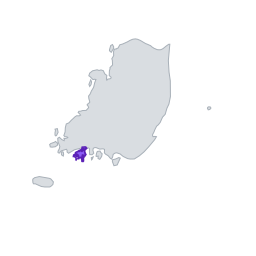 location of Goheung-gun, South Jeolla, South Korea, rotated 28°
{"feature_id": "91817680B78599330358722", "entity_name": "Goheung-gun", "entity_type": "district", "adm_level": 2, "iso_a3": "KOR", "parent_name": "South Korea", "parent_adm1": "South Jeolla", "projection": "equal_earth", "projection_center": [127.345, 34.606], "detail": "fine", "context": "in_parent", "style": "filled", "palette": "violet", "viewbox_px": 256, "rotation_deg": 28, "n_neighbors": 0, "source": "geoboundaries", "source_scale": "gbopen_adm2", "svg_char_len": 6505}
<svg xmlns="http://www.w3.org/2000/svg" viewBox="0 0 256 256"><g transform="rotate(28 128 128)"><path d="M80.8,63.0L81.6,62.3L81.7,61.4L81.7,58.4L83.9,56.3L87.2,52.0L88.7,49.6L90.5,47.4L92.6,45.9L94.6,45.2L97.8,44.9L104.0,45.2L105.2,45.0L109.5,44.7L110.5,45.1L113.6,45.4L117.0,45.1L118.7,44.4L120.3,43.4L121.7,41.4L123.2,37.8L124.7,34.9L125.6,34.4L132.0,49.6L138.0,59.4L143.2,66.5L150.7,80.3L152.9,87.7L153.1,92.2L154.4,98.5L153.4,102.2L153.8,107.9L153.3,110.8L152.4,113.0L152.5,117.1L152.8,119.3L152.8,122.3L153.4,123.4L154.3,123.9L155.6,122.8L157.2,122.3L157.0,125.9L155.1,134.9L153.4,141.4L151.1,147.2L148.1,152.4L144.5,154.4L142.0,155.2L137.2,155.4L133.2,154.6L129.7,155.2L128.3,156.3L127.3,158.2L128.1,161.1L128.0,163.2L126.5,163.0L123.6,161.8L120.3,161.6L118.8,161.0L117.3,157.9L115.7,158.1L113.0,159.9L108.9,160.3L107.4,161.3L106.9,162.5L107.5,164.2L109.6,166.3L108.9,168.4L106.7,169.5L104.9,166.8L103.8,164.3L102.6,164.1L100.7,164.9L100.3,167.6L101.2,169.5L102.7,171.7L100.6,174.3L100.1,176.1L98.6,177.4L94.6,174.5L95.2,172.5L96.9,170.5L97.2,168.4L96.6,167.2L90.9,172.4L87.4,178.2L85.5,177.8L84.7,176.3L83.6,175.7L79.8,179.5L79.1,182.5L77.8,182.6L77.1,181.3L77.1,178.6L76.5,176.3L72.6,173.0L70.8,170.1L71.7,168.4L75.0,169.3L77.6,169.2L77.1,167.8L76.3,167.2L78.0,166.4L79.4,164.8L78.2,164.4L76.4,165.3L74.9,164.8L74.3,161.0L72.5,157.1L71.6,153.4L73.4,151.2L74.3,147.8L76.0,142.9L76.9,141.3L79.2,140.2L80.1,138.9L78.8,138.3L76.7,137.7L76.8,136.3L78.2,135.5L79.7,133.9L82.8,132.1L83.7,128.5L82.8,127.6L81.0,126.8L81.4,125.0L82.2,123.6L81.9,122.8L79.7,120.5L78.2,118.3L78.6,115.9L78.3,112.3L78.5,109.3L78.4,107.6L77.4,103.9L76.9,100.2L75.5,100.7L74.3,101.7L70.2,100.4L68.9,100.3L68.4,97.5L69.9,94.1L73.4,91.1L75.4,90.8L76.9,89.4L79.3,89.0L82.1,91.1L84.6,91.5L86.0,95.0L86.9,95.7L87.1,94.4L89.1,92.9L89.6,91.8L89.2,91.1L86.8,90.5L84.7,86.2L84.4,84.3L83.7,83.1L84.8,79.6L82.4,75.6L81.2,74.4L81.4,70.9L80.1,68.6L79.4,67.4L79.0,65.2L79.4,64.3L80.5,63.9L80.8,63.0ZM72.2,220.8L71.0,221.6L69.9,221.1L69.6,220.7L68.3,218.7L68.0,217.7L68.9,215.7L72.5,212.5L82.0,209.4L83.7,209.2L87.4,210.6L88.2,213.1L87.5,215.2L86.7,216.7L82.3,219.1L79.0,220.3L72.2,220.8ZM135.8,165.7L133.3,167.9L130.0,165.0L129.2,163.4L131.7,161.1L133.8,158.4L135.3,158.2L135.8,165.7ZM118.1,165.5L117.8,168.9L115.9,169.0L114.8,166.8L113.6,167.9L113.0,167.9L112.1,165.2L111.9,163.1L114.1,161.5L115.4,162.4L117.3,162.9L118.1,165.5ZM69.9,180.6L68.2,181.2L67.3,180.0L66.6,179.6L67.0,178.1L69.8,175.0L70.3,173.9L72.8,174.5L73.8,176.2L72.6,178.7L69.9,180.6ZM77.9,64.5L77.7,69.0L76.3,68.8L75.3,68.4L74.9,67.5L74.0,63.3L75.1,61.6L77.2,63.0L77.9,64.5ZM68.4,168.1L68.0,168.9L66.9,168.6L65.7,166.3L65.2,164.4L64.1,163.3L65.9,161.7L68.3,164.6L68.4,168.1ZM75.0,107.1L74.7,109.3L73.0,107.9L72.5,103.0L74.2,104.4L75.0,107.1ZM191.5,73.3L190.3,74.3L188.9,73.3L188.7,72.3L189.4,71.3L191.1,70.8L191.9,71.6L191.5,73.3ZM83.6,181.6L84.0,183.2L81.9,182.9L80.8,181.3L80.9,179.9L82.2,179.7L83.6,181.6ZM111.1,172.1L110.8,173.2L109.5,171.5L110.8,169.8L111.1,172.1Z" fill="#d9dde1" stroke="#a8b0b8" stroke-width="1"/><path d="M96.5,166.4L96.7,166.9L96.9,167.8L97.5,167.9L97.9,167.6L98.3,167.2L98.8,167.2L98.8,167.7L98.9,167.9L98.8,168.4L98.9,168.9L98.8,169.3L98.6,169.8L98.5,170.2L98.2,170.4L97.6,170.3L97.4,169.8L97.5,169.1L97.5,168.6L97.2,168.8L96.8,169.1L96.5,169.4L96.4,169.9L96.2,170.5L96.2,171.0L96.2,171.4L95.8,171.7L95.5,171.8L95.3,171.3L95.2,171.1L94.9,171.7L94.7,172.0L94.7,172.6L94.5,172.9L94.2,172.9L93.9,173.1L93.7,173.6L93.5,173.8L93.3,174.0L93.2,174.4L93.2,174.6L93.4,174.8L93.7,175.3L93.9,175.3L94.4,175.3L94.7,175.1L94.9,174.9L95.0,174.9L95.1,175.0L95.6,175.2L96.2,175.1L96.3,175.4L96.5,175.4L96.8,175.5L97.0,175.6L97.5,175.9L97.5,176.2L97.5,176.4L97.3,176.4L97.2,176.7L97.5,176.9L97.8,177.1L98.2,177.5L98.4,178.0L98.8,178.1L99.0,178.1L99.0,177.9L98.8,177.7L98.7,177.6L98.5,177.4L98.8,177.4L98.9,177.2L99.0,176.8L99.2,176.5L99.6,176.4L99.8,176.6L100.1,176.7L100.4,176.5L100.2,176.1L100.3,175.9L100.5,175.9L100.8,175.8L100.8,175.4L101.1,175.3L101.2,175.0L101.3,174.8L101.4,174.6L101.2,174.4L100.6,174.0L100.5,173.5L100.4,173.2L100.8,172.9L101.0,173.1L101.5,173.2L101.9,173.2L102.1,173.1L102.3,173.2L102.8,173.4L102.9,173.2L103.1,173.0L103.2,172.8L103.3,172.6L103.2,172.1L103.1,171.8L103.1,171.5L102.6,171.4L102.3,171.3L102.2,171.1L102.7,171.1L103.0,171.0L102.6,170.7L102.2,170.3L101.9,170.4L101.8,170.2L101.5,170.1L101.3,170.0L101.3,169.6L100.9,169.3L100.5,168.8L100.3,168.6L100.1,168.3L100.1,168.1L99.9,167.7L100.0,167.5L100.2,167.4L100.5,167.3L100.6,167.0L100.7,166.8L100.2,166.5L99.9,166.5L99.9,166.2L100.3,166.0L100.6,165.7L101.0,165.5L101.1,165.3L100.8,165.2L100.6,165.2L100.3,165.1L100.1,164.8L99.7,164.6L99.3,164.7L99.1,164.8L98.7,165.0L98.4,165.2L98.0,165.5L97.0,166.1L96.5,166.4L96.5,166.4ZM96.2,176.8L95.9,176.4L95.7,176.4L95.4,176.4L95.0,176.4L94.4,176.8L94.0,176.9L93.7,177.0L93.5,176.8L93.2,176.4L93.1,176.5L92.9,177.0L92.7,177.3L92.8,177.5L92.8,177.8L92.9,178.1L93.0,177.9L93.3,178.3L93.6,178.5L93.8,178.7L94.1,178.6L94.4,178.5L94.6,178.4L94.9,178.5L95.4,178.5L95.7,178.4L95.9,177.9L96.0,177.7L96.0,177.3L96.3,177.0L96.2,176.8ZM102.5,177.3L102.5,177.2L102.3,177.1L102.1,177.0L102.1,177.4L102.1,177.5L102.2,177.8L102.5,177.8L102.8,178.0L102.7,178.1L102.3,178.0L102.5,178.3L102.9,178.4L103.0,178.5L103.0,178.8L102.9,179.0L103.0,179.1L103.4,178.9L103.6,178.8L103.7,178.7L103.8,178.7L103.9,178.8L104.1,178.7L104.2,178.4L104.1,178.2L104.2,177.9L103.8,177.8L103.8,177.6L103.7,177.5L103.5,177.3L103.4,177.1L103.4,177.4L103.2,177.2L103.2,177.4L103.0,177.6L102.9,177.4L102.7,177.4L102.5,177.3ZM102.6,175.0L102.6,174.8L102.7,174.6L102.2,174.6L101.9,174.8L101.8,175.0L101.7,175.2L101.6,175.3L101.6,175.5L101.9,175.5L102.0,175.6L102.0,175.8L102.1,176.0L101.9,176.2L101.8,176.3L101.7,176.4L101.9,176.5L102.0,176.6L102.0,176.8L102.2,176.6L102.4,176.6L102.5,176.6L102.9,176.5L103.1,176.6L103.3,176.5L103.4,176.4L103.2,176.1L103.0,175.8L102.9,175.8L102.7,175.8L102.5,175.7L102.4,175.8L102.2,175.8L102.1,175.6L102.3,175.6L102.5,175.6L102.4,175.3L102.3,175.2L102.2,175.2L102.3,175.0L102.6,175.0ZM96.5,179.1L96.4,179.0L96.5,179.1L96.4,179.1L96.5,179.2L96.5,179.3L96.4,179.3L96.5,179.4L96.6,179.5L96.8,179.5L96.7,179.6L96.8,179.7L96.7,179.8L96.7,180.0L96.8,180.1L96.9,180.3L97.0,180.2L97.2,180.3L97.2,180.2L97.2,179.9L97.1,180.0L97.1,179.9L96.9,179.8L96.9,179.6L96.9,179.4L96.7,179.3L96.6,179.2L96.5,179.1ZM98.0,178.1L98.0,178.3L98.1,178.5L98.3,178.5L98.3,178.4L98.3,178.2L98.2,178.2L98.0,178.1Z" fill="#8b5cf6" stroke="#5b21b6" stroke-width="1.5"/></g></svg>